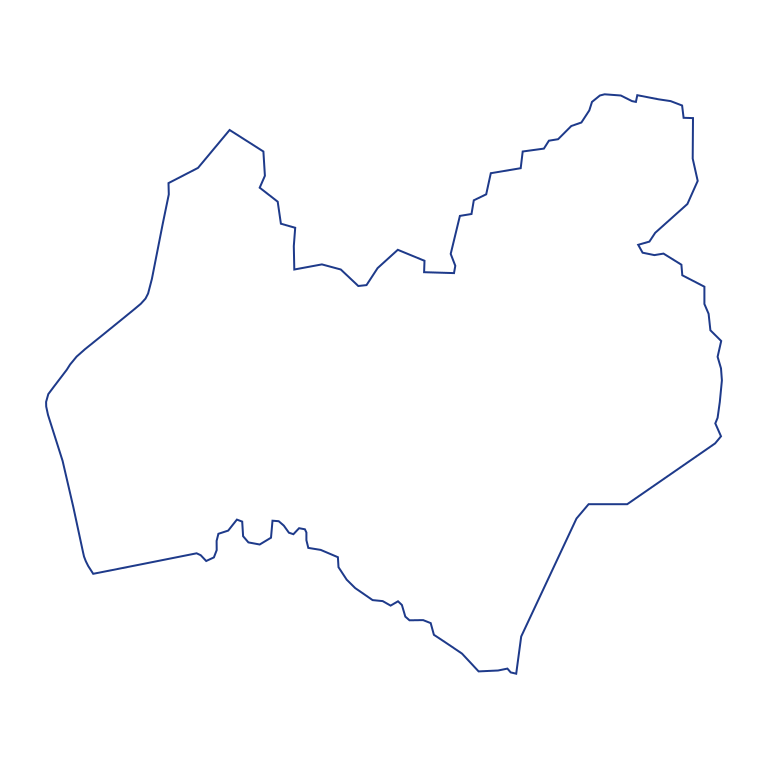 the district of Dolores, Soriano, Uruguay
{"feature_id": "84410073B84851743743013", "entity_name": "Dolores", "entity_type": "district", "adm_level": 2, "iso_a3": "URY", "parent_name": "Uruguay", "parent_adm1": "Soriano", "projection": "robinson", "projection_center": [-58.32, -33.574], "detail": "fine", "context": "isolated", "style": "outline", "palette": "blue", "viewbox_px": 768, "rotation_deg": 0, "n_neighbors": 0, "source": "geoboundaries", "source_scale": "gbopen_adm2", "svg_char_len": 1869}
<svg xmlns="http://www.w3.org/2000/svg" viewBox="0 0 768 768"><path d="M93.2,573.8L140.8,564.4L196.6,553.3L200.7,555.2L206.2,561.0L213.9,557.4L216.7,550.1L216.6,540.9L218.4,533.8L228.2,530.6L236.9,519.6L242.2,521.6L243.1,536.2L248.4,542.4L259.7,544.5L271.0,537.7L272.5,520.7L278.7,521.2L283.8,525.6L288.9,532.7L293.4,534.2L299.1,528.2L304.9,529.3L306.4,532.5L306.4,540.2L308.3,547.9L320.7,549.9L337.9,557.2L338.5,567.2L346.7,579.7L355.2,588.1L372.6,600.1L382.7,601.1L390.6,605.6L398.0,601.3L401.9,605.0L405.3,616.6L409.5,620.3L423.1,620.1L430.7,623.1L433.9,634.8L445.1,642.2L462.0,653.6L478.6,671.4L498.1,670.5L507.4,668.6L510.7,672.4L516.2,673.7L521.2,636.5L576.5,518.5L588.6,504.2L627.2,504.2L715.1,443.4L721.0,436.3L715.3,423.4L717.6,417.8L719.8,402.0L721.9,380.4L721.0,368.4L717.6,356.8L721.2,341.0L710.4,330.3L708.6,313.8L704.4,304.0L704.4,286.7L682.3,275.3L681.4,264.7L663.5,253.6L654.4,255.1L642.6,252.7L638.2,244.8L649.4,241.6L655.2,232.8L687.4,204.0L697.7,180.9L692.7,158.6L693.0,118.1L683.6,117.8L682.1,105.5L670.6,101.1L658.5,99.3L637.3,95.2L635.9,101.9L632.0,101.1L620.8,95.5L604.6,94.3L599.9,95.5L592.0,101.9L589.3,110.4L581.4,122.5L571.3,126.0L558.1,139.2L548.9,140.7L543.9,148.6L522.7,151.5L520.7,168.2L490.8,173.2L486.2,194.3L473.8,200.3L471.5,214.0L459.9,215.9L450.7,253.9L455.3,265.8L454.0,273.1L424.1,272.2L424.5,260.8L397.8,249.8L377.6,268.1L366.5,285.1L358.3,286.0L340.8,269.5L321.9,264.4L294.3,269.5L293.8,246.1L295.2,227.8L280.9,223.7L277.7,201.7L259.7,187.7L264.9,175.8L263.4,151.5L229.6,130.0L198.0,167.9L168.5,183.1L168.8,194.4L162.7,224.0L151.9,278.9L148.1,293.5L145.5,298.6L140.8,303.8L132.4,310.8L102.5,335.1L85.1,349.1L76.6,356.6L70.1,364.5L66.8,369.7L53.7,386.9L48.3,394.1L46.1,401.9L46.2,406.5L48.0,414.9L62.6,460.9L73.3,507.0L82.9,551.6L84.0,556.5L85.8,561.2L88.2,566.0L93.2,573.8Z" fill="none" stroke="#1e3a8a" stroke-width="2"/></svg>